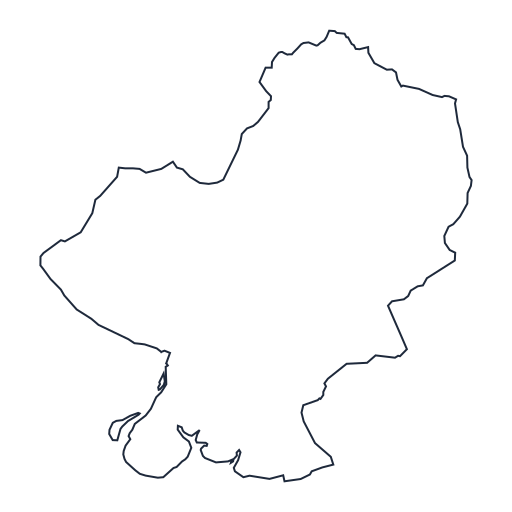 Dubreka, Dubréka, Guinea (Mercator projection)
{"feature_id": "49546643B20116898332008", "entity_name": "Dubreka", "entity_type": "district", "adm_level": 2, "iso_a3": "GIN", "parent_name": "Guinea", "parent_adm1": "Dubréka", "projection": "mercator", "projection_center": [-13.536, 10.125], "detail": "fine", "context": "isolated", "style": "outline", "palette": "slate", "viewbox_px": 512, "rotation_deg": 0, "n_neighbors": 0, "source": "geoboundaries", "source_scale": "gbopen_adm2", "svg_char_len": 3053}
<svg xmlns="http://www.w3.org/2000/svg" viewBox="0 0 512 512"><path d="M166.2,363.4L166.5,363.5L167.8,365.5L165.7,366.8L166.3,384.3L161.2,392.3L156.3,397.1L155.5,398.7L150.9,408.8L145.7,415.5L134.8,423.9L132.3,429.8L129.7,433.2L128.6,436.1L130.3,439.2L125.6,445.6L123.7,451.0L123.3,454.4L124.5,458.9L126.1,462.0L135.3,470.3L139.8,473.8L145.6,475.6L157.8,477.7L163.3,477.2L173.5,468.0L176.6,467.0L182.0,461.5L185.3,459.3L187.7,456.7L191.3,447.8L188.9,441.5L183.3,437.3L177.7,429.6L177.9,425.8L181.7,427.3L182.8,430.6L184.3,432.4L188.7,435.0L191.8,435.8L199.6,430.1L197.2,434.5L195.7,440.0L196.8,442.5L205.7,442.8L207.3,444.0L206.7,445.9L204.2,445.6L201.1,448.6L200.7,450.0L202.9,455.9L205.0,458.0L216.0,462.4L228.0,461.4L231.8,459.8L230.9,462.8L233.1,461.4L233.4,459.4L236.9,455.6L236.6,452.6L239.1,450.0L240.5,452.3L238.1,460.2L233.8,467.8L234.9,471.3L243.4,477.2L249.5,475.7L269.5,478.9L283.2,475.3L284.5,481.3L300.7,479.0L309.9,474.5L311.7,471.3L322.4,467.4L333.3,464.6L330.8,456.8L315.0,443.1L303.7,421.4L301.5,412.6L303.3,405.2L317.8,400.1L319.4,398.4L320.5,398.9L323.3,395.0L323.3,391.9L326.0,386.4L324.4,383.4L327.9,378.7L346.6,363.8L367.1,362.8L375.6,355.4L395.0,357.7L398.1,355.8L400.0,356.2L406.9,349.2L401.0,335.5L394.4,320.4L388.0,305.7L392.0,301.3L403.9,299.3L408.2,296.0L410.7,290.6L417.7,286.3L422.9,285.4L426.9,278.2L454.8,260.5L455.2,252.7L449.7,250.0L444.9,243.0L444.3,236.0L448.6,226.7L453.3,224.2L459.9,216.7L467.3,203.6L467.6,193.0L470.9,185.9L471.6,180.1L469.5,177.0L467.4,167.6L467.1,155.7L463.0,146.8L460.2,129.3L457.8,122.1L455.0,103.4L456.1,99.4L449.0,96.3L444.5,95.9L442.0,97.1L432.6,95.0L419.0,88.9L402.9,85.6L401.3,86.5L397.5,79.8L396.0,72.4L392.0,69.4L386.8,69.7L374.4,63.2L368.4,52.8L368.1,47.1L359.5,49.2L355.7,48.9L353.9,45.2L351.7,44.0L348.0,37.3L346.4,37.2L344.6,33.7L336.7,32.9L334.8,31.1L329.2,30.7L326.6,36.9L324.4,40.4L320.5,42.7L317.6,45.3L316.3,45.6L308.6,42.4L303.5,43.0L301.2,44.3L297.4,48.5L293.2,52.7L291.9,54.3L289.0,54.3L287.4,54.6L284.5,53.3L282.3,52.0L281.0,52.0L278.7,52.7L274.6,57.8L272.0,62.0L271.7,67.7L265.6,67.7L259.5,82.0L266.2,91.2L271.0,96.2L270.8,100.0L268.6,101.9L268.6,108.1L258.0,121.9L253.2,126.0L247.0,128.4L241.8,134.0L240.6,140.6L237.9,149.7L223.3,179.7L217.2,182.6L208.7,183.9L199.7,182.9L189.9,176.8L182.8,169.3L176.9,167.6L172.9,161.7L161.3,168.9L146.0,172.7L139.6,168.9L132.6,168.3L124.9,168.3L118.8,167.6L117.1,176.8L100.2,195.9L95.4,199.7L92.3,213.2L80.7,232.3L64.9,241.4L60.9,240.2L43.5,253.0L40.5,256.6L40.4,265.4L43.1,268.8L50.5,279.0L60.9,289.6L64.3,295.5L76.7,309.5L91.5,318.9L98.5,324.9L128.4,339.2L134.4,343.2L140.9,343.9L144.7,344.4L156.8,348.4L161.0,351.7L161.2,352.0L161.3,351.9L164.5,350.7L170.0,352.9L166.2,363.4ZM120.5,428.9L122.3,426.5L126.9,422.1L127.9,421.1L138.6,414.7L139.7,413.5L138.2,412.9L130.2,415.8L122.5,420.1L116.3,420.9L112.8,422.8L109.5,429.8L109.2,434.0L112.7,440.1L117.3,440.3L120.5,428.9ZM159.9,389.4L163.8,384.9L164.8,381.3L163.6,373.5L159.3,382.3L160.0,384.1L158.2,387.3L158.7,389.8L159.9,389.4Z" fill="none" stroke="#1e293b" stroke-width="2"/></svg>